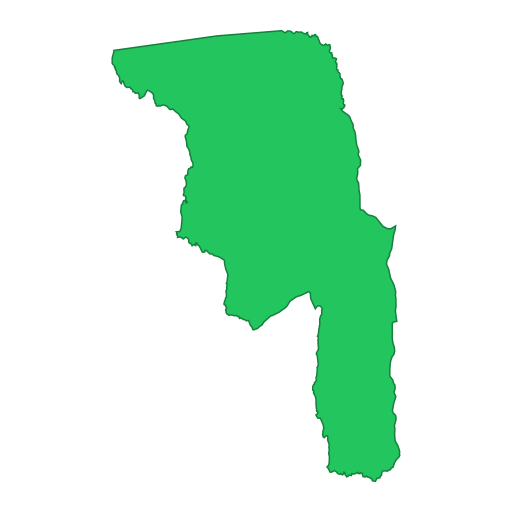 Íquira, Huila, Colombia (Equal Earth projection)
{"feature_id": "7082276B93831290188836", "entity_name": "Íquira", "entity_type": "district", "adm_level": 2, "iso_a3": "COL", "parent_name": "Colombia", "parent_adm1": "Huila", "projection": "equal_earth", "projection_center": [-75.689, 2.666], "detail": "fine", "context": "isolated", "style": "filled", "palette": "green", "viewbox_px": 512, "rotation_deg": 0, "n_neighbors": 0, "source": "geoboundaries", "source_scale": "gbopen_adm2", "svg_char_len": 6017}
<svg xmlns="http://www.w3.org/2000/svg" viewBox="0 0 512 512"><path d="M395.6,225.9L390.8,228.8L387.2,228.6L382.8,226.2L375.9,217.5L372.5,215.9L368.6,215.1L366.5,213.6L363.5,210.4L360.6,209.7L360.0,208.3L359.9,195.0L359.0,190.1L358.7,184.4L358.4,182.3L357.1,180.7L356.7,178.0L357.6,174.5L357.8,171.3L357.4,168.9L360.4,165.4L360.6,160.0L358.1,154.7L358.9,152.0L358.7,150.4L356.7,145.1L355.7,138.1L355.7,136.0L355.0,132.0L353.2,128.1L353.0,124.2L351.0,120.5L350.0,117.4L348.8,115.6L342.5,111.1L340.7,108.6L342.4,108.9L344.1,107.4L344.0,106.3L344.6,106.1L344.9,105.2L343.4,103.9L343.2,102.5L343.7,101.2L343.3,98.8L341.8,98.9L341.4,98.2L342.3,96.0L341.3,95.1L341.5,94.5L341.0,93.6L341.5,92.6L341.1,91.2L341.8,89.9L341.9,86.9L343.2,83.8L343.1,82.4L342.1,79.4L341.6,78.7L340.8,78.6L340.1,77.2L339.9,73.5L338.0,71.8L337.8,69.8L336.7,69.6L336.5,68.5L336.9,66.6L336.6,65.2L337.0,64.2L336.5,63.1L335.7,62.6L335.4,61.5L336.2,60.0L336.4,58.7L334.6,57.9L333.2,58.2L332.5,57.1L332.4,55.2L331.7,54.3L331.7,52.9L330.5,53.0L329.6,51.8L329.4,50.5L330.2,49.3L330.4,47.1L329.9,45.0L329.1,44.6L327.4,45.3L325.6,43.9L324.3,45.2L323.5,45.4L321.2,44.4L320.1,43.4L317.5,36.5L316.2,36.5L315.6,34.6L314.6,34.7L314.2,35.7L312.0,35.4L311.6,36.9L311.0,36.6L309.8,37.1L309.4,37.0L309.0,35.9L307.5,34.2L307.6,32.5L306.7,32.7L306.1,33.9L303.6,33.4L301.5,32.1L299.9,32.0L299.1,32.4L296.7,31.6L296.1,31.7L294.6,33.3L293.3,33.5L291.2,31.5L289.6,31.0L287.4,31.0L285.3,32.9L281.7,30.7L217.1,35.9L113.9,50.4L113.9,51.7L112.2,58.0L112.2,63.5L114.8,66.5L114.5,67.5L115.5,68.3L115.2,69.2L116.2,70.5L116.8,73.5L119.1,76.3L119.6,78.1L119.6,81.3L120.7,83.2L121.4,83.7L122.2,81.0L123.4,81.3L124.4,84.8L125.5,86.6L127.2,87.5L130.0,87.2L130.9,88.8L132.4,89.5L132.9,91.7L134.2,91.9L135.3,93.3L138.1,93.0L139.3,95.4L139.2,98.1L140.0,98.6L144.4,95.8L146.7,90.9L147.6,90.3L148.8,90.7L152.1,92.8L153.5,94.7L153.6,98.5L154.9,100.8L155.0,102.9L156.0,103.9L156.1,105.5L156.5,105.9L157.8,106.2L158.7,105.5L160.0,106.1L163.1,104.8L166.9,106.2L169.5,109.2L170.7,109.6L172.7,108.9L176.6,112.5L178.5,113.6L181.3,118.0L185.6,121.1L186.9,124.4L188.8,125.8L189.0,127.1L187.8,129.9L187.2,133.2L186.7,134.3L185.4,135.1L185.1,136.4L186.5,141.6L186.9,146.4L188.5,148.6L189.8,152.0L189.8,154.3L191.1,157.7L191.1,159.5L192.9,163.0L193.1,165.4L192.5,167.4L191.2,166.9L190.4,168.1L188.7,168.8L187.9,170.9L187.7,174.7L185.6,175.6L185.2,176.3L184.9,178.0L186.0,180.6L186.5,184.4L185.6,186.9L184.4,187.7L183.9,188.7L184.1,192.6L183.3,194.7L183.7,195.7L185.1,195.8L185.7,196.5L185.7,199.0L187.2,202.5L186.2,202.9L185.0,200.4L183.7,200.7L183.2,201.4L182.5,204.3L182.0,204.2L181.3,205.5L180.7,211.9L182.2,217.2L181.2,228.3L179.8,231.5L176.3,231.8L176.8,232.7L176.6,234.0L177.3,234.5L177.1,235.4L177.8,236.2L177.6,237.4L178.7,237.0L180.8,237.2L183.2,238.9L183.7,238.9L184.8,237.5L186.3,237.2L186.8,237.6L188.6,239.2L188.9,242.5L190.0,243.5L191.2,243.7L192.1,245.8L193.7,244.5L194.5,244.6L195.2,245.6L195.9,245.6L195.8,243.1L196.8,243.0L197.8,245.0L199.2,245.9L202.4,252.2L204.7,252.0L205.4,250.3L206.0,250.2L209.9,253.9L212.5,254.0L213.7,255.4L219.2,256.9L224.4,260.3L224.6,263.9L225.8,269.2L227.9,274.6L227.0,281.9L226.3,283.6L227.3,285.1L226.6,286.8L226.8,288.9L225.9,291.5L226.4,293.6L226.4,296.6L225.4,298.5L225.3,300.2L224.5,301.1L224.5,302.4L223.9,303.8L224.2,304.7L225.6,305.3L225.7,306.4L226.4,307.2L226.6,307.8L226.0,308.6L226.1,309.2L225.6,310.6L226.2,311.2L226.2,312.7L226.7,313.7L228.8,315.2L231.3,314.9L234.8,315.8L236.7,315.5L237.6,316.5L238.9,316.6L239.3,318.0L239.8,318.5L240.3,318.0L241.4,318.1L243.3,319.6L244.7,319.5L246.2,320.8L248.6,320.5L250.3,325.2L251.9,327.1L252.8,329.5L253.6,329.9L257.3,328.6L260.0,326.2L262.1,324.9L263.7,322.2L270.6,316.0L272.9,315.3L279.3,312.1L285.6,307.5L287.1,305.9L289.9,301.3L296.3,296.8L301.1,295.3L308.6,291.7L309.6,292.1L310.3,293.3L310.7,298.6L315.3,308.8L317.2,306.1L319.1,305.8L320.5,306.2L322.5,308.8L321.7,310.1L321.7,314.3L320.6,316.0L319.7,319.2L319.8,324.8L319.3,325.7L319.5,327.2L319.0,328.2L318.3,334.4L317.4,336.3L318.1,336.9L318.4,338.6L317.8,340.0L318.2,341.3L318.0,342.9L318.5,348.4L318.0,350.2L316.4,353.1L316.5,354.6L317.2,355.1L318.3,365.0L317.0,367.7L317.3,369.5L316.7,375.7L316.0,377.8L316.4,380.0L315.3,382.1L314.5,382.4L314.2,384.5L313.4,385.0L313.0,385.9L312.7,387.3L312.8,390.3L313.9,391.3L313.5,393.0L315.3,396.4L316.0,399.4L316.1,405.6L316.8,411.4L318.0,411.9L317.7,413.3L316.0,414.9L316.0,415.3L317.8,418.1L320.4,418.3L323.3,425.0L323.7,428.8L322.8,431.7L323.0,433.0L322.5,434.6L323.3,437.0L324.3,437.7L325.8,435.8L327.5,435.9L327.9,438.5L327.6,439.7L329.2,444.7L328.9,447.7L329.3,449.3L328.7,453.6L329.4,456.5L329.3,459.5L329.2,462.9L328.6,465.2L327.0,466.9L328.7,469.1L329.9,472.0L330.7,472.3L331.8,472.0L334.5,470.6L336.6,472.0L337.6,473.5L339.9,474.3L340.8,473.7L342.4,474.9L343.2,474.3L344.0,472.2L344.7,472.6L344.5,473.3L344.9,473.6L345.2,475.0L345.9,475.3L346.5,476.8L348.0,476.4L349.1,475.1L351.3,475.5L352.0,473.6L352.9,474.1L355.4,473.7L357.1,472.3L358.1,473.6L359.1,473.3L359.9,473.7L360.3,472.5L362.5,473.5L362.4,474.8L363.1,476.7L364.3,476.5L365.1,477.1L366.6,475.9L367.6,477.1L369.8,477.5L370.4,478.4L371.7,478.6L372.4,480.8L375.4,481.3L377.1,478.2L379.8,477.9L380.2,476.6L381.4,475.4L382.0,472.2L383.2,470.8L387.3,471.1L390.6,469.5L391.1,468.0L393.0,467.4L394.5,462.7L396.7,459.2L398.9,457.1L399.8,455.3L399.4,454.0L399.7,452.0L399.3,450.1L398.0,446.0L395.2,441.0L394.8,437.8L394.6,434.0L394.9,428.7L394.4,425.6L396.0,419.7L395.9,416.5L395.4,415.1L393.1,413.0L392.4,410.7L393.9,402.7L395.8,396.8L395.4,395.3L394.2,393.4L394.1,392.0L395.1,388.8L394.9,385.0L393.8,383.7L392.7,379.9L389.8,376.0L389.8,369.4L390.2,364.0L390.9,359.9L392.3,356.4L393.9,354.4L394.7,351.1L394.3,347.2L392.9,343.1L392.3,338.8L392.3,323.4L393.5,322.0L396.8,321.4L395.5,312.1L395.4,310.3L396.0,306.9L395.9,298.7L395.4,295.3L395.7,291.5L393.9,284.8L390.6,278.1L388.6,269.1L386.5,264.2L387.0,260.2L389.6,255.6L389.5,253.7L391.7,248.7L393.5,235.5L395.1,229.7L395.6,225.9Z" fill="#22c55e" stroke="#15803d" stroke-width="1.5"/></svg>